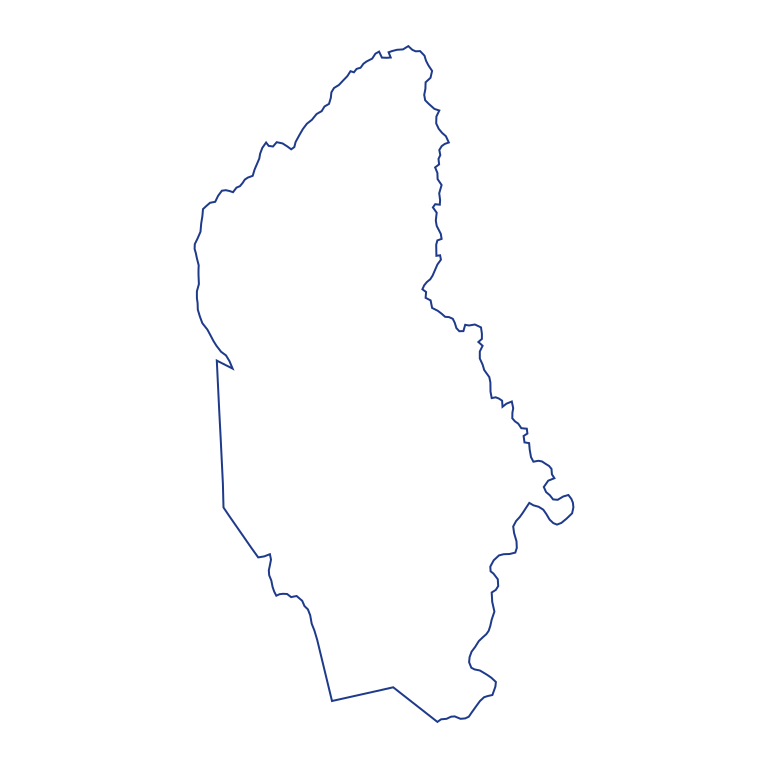 Contendas do Sincorá, Bahia, Brazil (Equal Earth projection)
{"feature_id": "56859067B17459765525716", "entity_name": "Contendas do Sincorá", "entity_type": "district", "adm_level": 2, "iso_a3": "BRA", "parent_name": "Brazil", "parent_adm1": "Bahia", "projection": "equal_earth", "projection_center": [-41.061, -13.829], "detail": "fine", "context": "isolated", "style": "outline", "palette": "blue", "viewbox_px": 768, "rotation_deg": 0, "n_neighbors": 0, "source": "geoboundaries", "source_scale": "gbopen_adm2", "svg_char_len": 3777}
<svg xmlns="http://www.w3.org/2000/svg" viewBox="0 0 768 768"><path d="M221.9,190.7L218.1,195.8L215.2,201.8L210.0,202.8L205.9,206.4L203.0,209.1L202.4,216.1L201.2,223.5L200.5,231.7L197.6,238.4L194.8,244.1L194.6,248.9L195.8,253.0L196.9,258.3L198.7,265.3L198.5,269.8L198.5,274.7L198.9,284.1L196.9,291.3L196.9,298.1L197.6,303.1L197.8,309.6L199.8,316.3L202.3,323.1L207.4,329.6L210.9,336.1L213.4,340.9L216.4,345.7L221.1,351.8L226.0,355.4L229.5,361.2L232.6,368.6L216.8,360.6L219.2,410.3L220.7,438.8L222.9,483.9L223.5,507.5L228.7,515.2L251.1,547.5L258.2,557.4L264.2,556.4L269.9,554.2L271.0,559.6L270.0,564.8L268.8,570.4L269.2,575.3L271.3,580.5L272.6,587.0L274.2,591.6L276.3,595.7L279.6,594.2L283.0,593.8L287.1,594.0L291.1,597.1L296.6,596.0L302.2,600.8L304.5,606.1L307.9,609.4L310.2,615.3L311.7,623.7L314.4,630.5L317.2,639.9L332.0,701.0L365.2,693.6L393.2,687.3L437.4,721.9L441.1,719.3L446.6,718.8L451.0,716.7L454.7,716.4L460.5,718.8L465.2,718.4L468.8,716.7L471.6,712.6L476.4,705.9L480.0,701.0L484.1,697.2L487.9,696.0L492.4,695.0L495.4,686.6L495.9,682.0L491.3,677.7L487.4,675.0L484.3,673.1L479.9,670.5L474.5,669.4L471.3,667.7L469.1,662.2L469.6,657.1L471.6,651.6L475.1,647.0L478.8,641.1L483.2,636.9L486.3,634.2L488.7,630.8L490.3,625.9L491.7,619.6L494.4,611.6L492.2,601.7L491.7,592.5L495.8,589.9L498.2,586.1L497.8,579.3L493.5,573.6L490.6,571.3L490.3,566.6L493.7,560.3L499.0,555.4L503.7,554.2L509.6,554.0L515.3,552.6L516.8,547.9L516.5,541.3L514.1,533.1L513.2,526.5L516.1,521.0L519.7,517.1L523.0,512.5L526.1,507.7L529.3,502.9L533.4,505.3L538.7,506.8L543.3,509.7L546.3,514.0L549.6,519.6L553.3,523.1L557.0,524.6L561.4,522.9L566.6,518.6L572.1,513.3L573.4,507.3L572.9,502.7L571.3,498.8L568.4,495.0L563.2,496.5L557.7,499.8L553.1,499.4L549.8,495.2L546.1,492.1L543.8,487.0L548.2,480.7L554.4,478.2L551.9,474.3L551.5,468.9L549.1,466.0L545.7,463.9L541.9,461.4L538.3,460.8L533.4,461.7L531.0,457.1L529.7,449.7L529.1,443.1L524.5,442.4L523.6,436.0L527.4,433.5L526.8,428.7L521.3,428.2L518.2,423.6L515.0,421.4L512.3,418.3L512.4,412.8L513.2,408.2L511.8,401.5L506.4,403.7L502.5,406.8L502.1,400.7L499.0,398.6L495.7,397.3L491.7,398.1L490.5,391.6L490.4,382.6L489.3,377.1L486.7,373.5L484.2,370.0L482.6,364.6L479.8,358.5L479.8,351.5L482.6,345.8L478.4,342.0L481.9,338.9L481.9,333.7L481.0,327.4L474.9,324.5L469.0,325.5L465.2,324.8L463.4,331.1L459.3,331.2L456.4,328.1L454.8,322.9L452.8,318.8L449.0,317.1L445.1,316.8L441.6,313.7L437.8,310.8L432.1,307.9L430.6,300.4L425.6,297.8L426.1,292.0L422.4,289.3L424.2,285.3L426.8,282.1L430.3,279.2L432.6,275.6L434.9,270.3L437.4,264.5L440.9,259.7L440.1,255.3L436.4,255.8L436.3,250.5L436.2,244.7L437.4,240.4L441.6,238.9L440.8,233.9L436.7,225.9L435.8,220.6L436.7,212.7L432.9,207.4L435.2,204.2L439.8,204.7L440.1,200.1L439.2,193.3L441.6,185.0L437.6,179.1L437.4,172.9L435.1,167.4L439.1,164.4L438.5,158.9L440.3,155.1L439.3,150.0L441.7,146.1L444.8,143.9L448.8,142.5L445.9,136.2L442.1,132.9L438.7,128.8L436.2,123.4L436.4,116.5L439.3,110.5L434.4,108.9L428.8,103.9L425.2,100.3L424.2,94.9L425.4,88.9L425.6,82.3L430.5,77.8L432.1,70.9L428.5,65.5L426.0,60.7L424.5,55.7L420.1,51.1L415.6,51.3L412.3,49.8L408.3,46.1L403.0,49.4L396.9,49.8L391.9,51.1L388.6,52.3L390.7,57.5L387.0,57.8L381.9,57.6L379.1,51.6L375.4,53.7L372.2,58.6L366.5,61.5L363.4,63.8L360.6,67.7L356.6,68.9L353.9,72.3L350.5,71.2L347.3,76.2L343.5,80.1L339.0,84.9L334.0,88.0L331.4,92.3L330.8,97.9L329.0,103.9L324.5,106.5L321.7,111.1L316.6,114.0L311.9,119.8L306.9,123.7L302.9,129.0L299.2,135.4L295.6,142.0L294.3,147.1L291.2,149.3L287.4,146.5L282.5,143.4L276.7,142.2L273.0,146.5L268.7,145.9L266.1,142.5L262.3,147.9L260.1,153.8L259.3,158.5L257.3,163.2L254.6,169.5L252.7,175.8L247.8,177.6L244.8,179.6L242.6,183.0L239.9,186.2L236.5,187.6L233.0,192.2L229.5,191.0L225.8,190.2L221.9,190.7Z" fill="none" stroke="#1e3a8a" stroke-width="2"/></svg>